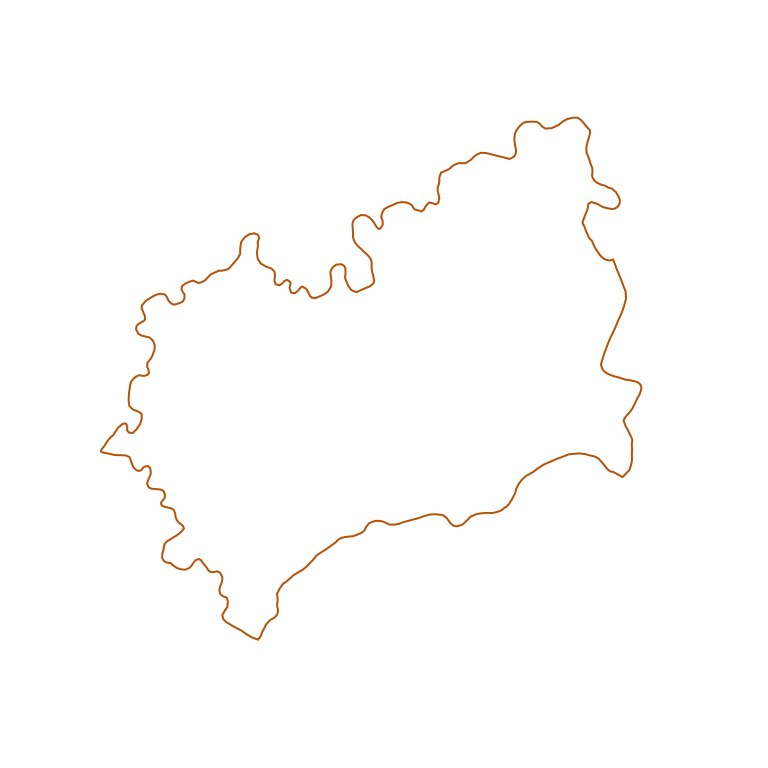 Hlybokaye, Vitebsk, Belarus (Albers equal-area conic projection), rotated 338°
{"feature_id": "67162791B12228546801080", "entity_name": "Hlybokaye", "entity_type": "district", "adm_level": 2, "iso_a3": "BLR", "parent_name": "Belarus", "parent_adm1": "Vitebsk", "projection": "albers", "projection_center": [27.835, 55.173], "detail": "fine", "context": "isolated", "style": "outline", "palette": "amber", "viewbox_px": 768, "rotation_deg": 338, "n_neighbors": 0, "source": "geoboundaries", "source_scale": "gbopen_adm2", "svg_char_len": 6163}
<svg xmlns="http://www.w3.org/2000/svg" viewBox="0 0 768 768"><g transform="rotate(338 384 384)"><path d="M570.4,559.7L579.2,555.7L582.5,552.0L585.2,547.9L587.4,542.3L589.3,538.1L590.9,533.4L593.3,528.7L593.4,526.4L592.9,519.3L592.2,513.1L592.5,507.7L594.6,505.6L596.9,504.3L600.7,502.5L604.9,499.9L608.6,496.8L613.6,492.0L616.8,489.7L619.0,487.1L621.1,484.4L621.6,481.9L621.1,479.4L618.8,476.3L615.1,473.9L613.1,472.3L609.7,470.6L604.4,466.1L600.0,462.9L597.1,460.2L594.8,457.8L592.6,454.1L592.1,450.9L592.5,447.0L600.2,437.6L608.5,428.6L620.0,417.9L624.7,413.0L629.1,409.0L633.0,404.9L635.9,401.5L640.3,395.7L642.7,388.6L642.7,384.4L642.9,377.4L642.8,366.4L643.1,354.4L639.6,354.1L636.8,352.3L634.5,349.9L633.2,347.2L632.3,344.5L630.6,336.6L630.4,328.9L628.9,325.7L628.6,319.1L628.8,312.2L628.3,309.4L629.5,307.4L638.9,297.3L640.9,293.6L644.4,292.9L649.6,297.3L652.8,301.5L655.9,304.0L660.4,306.9L663.3,307.8L665.9,307.5L668.4,306.5L670.5,304.3L671.6,301.5L671.7,298.1L670.9,293.0L668.6,288.4L665.4,285.8L663.1,282.8L659.4,280.0L656.5,276.6L655.2,274.2L654.7,269.9L655.6,267.5L656.7,265.5L658.0,262.0L658.0,257.8L658.6,249.7L658.5,245.3L660.1,240.7L663.9,235.1L666.4,232.2L669.3,228.1L669.9,225.7L668.0,220.9L667.1,217.4L665.5,212.9L662.9,209.4L659.1,207.9L653.4,207.0L648.5,207.5L642.6,209.3L635.4,209.6L629.3,207.6L627.0,204.4L625.7,200.7L623.8,198.2L619.8,196.3L614.2,194.3L610.6,194.1L605.7,196.1L601.2,198.8L599.0,201.2L596.3,206.4L594.6,213.3L594.1,216.6L592.5,219.7L590.2,221.6L587.1,222.4L584.6,222.3L577.8,217.2L571.9,213.1L567.8,209.9L564.3,207.6L560.1,205.9L555.8,206.1L552.0,207.1L548.6,208.7L542.4,209.8L535.5,207.1L530.2,207.2L524.9,209.1L515.9,209.5L512.4,213.7L511.6,216.2L509.6,219.5L507.4,221.8L506.2,224.8L505.4,230.0L504.9,232.5L502.2,236.3L499.2,236.8L496.9,234.8L493.9,232.6L491.4,233.6L488.9,235.1L486.4,237.1L483.4,238.1L479.9,235.1L477.7,233.6L476.6,228.1L473.6,224.6L468.9,222.1L464.4,221.1L453.9,221.4L449.9,221.9L447.1,223.9L445.4,225.7L443.9,228.4L443.9,231.9L442.6,235.7L438.9,238.4L436.9,238.2L435.9,235.4L435.1,230.4L434.1,226.9L432.6,223.7L430.1,220.7L425.8,218.7L419.6,219.5L416.8,221.0L414.6,224.0L412.3,231.0L410.1,237.0L410.1,242.0L411.4,246.2L417.4,259.0L418.6,262.8L418.1,266.8L416.1,271.3L414.9,276.3L414.7,279.0L413.4,285.1L411.7,286.8L407.9,288.1L396.1,288.3L393.1,288.6L390.1,286.1L388.9,284.6L387.6,279.8L387.6,271.1L389.6,267.3L391.6,262.3L391.3,259.5L389.1,256.8L384.3,255.5L382.1,256.0L378.8,257.3L376.1,260.3L373.8,268.8L372.3,272.3L370.8,274.3L366.1,277.6L360.5,278.6L352.0,278.6L349.5,276.8L348.5,275.3L347.8,267.5L347.0,265.8L344.5,263.0L343.5,263.0L339.8,265.0L336.3,266.3L334.5,266.0L332.2,264.5L332.3,261.3L332.5,259.3L335.3,255.3L334.3,252.5L332.8,251.0L330.0,251.3L327.0,252.8L324.0,253.3L321.0,251.0L321.0,247.5L324.0,241.5L324.5,238.5L322.8,234.7L318.3,230.7L314.8,226.0L313.8,220.7L315.3,214.7L319.0,208.5L320.0,205.2L322.8,202.2L323.1,198.5L320.1,195.7L315.6,194.7L310.8,195.5L307.8,196.9L304.8,198.9L302.8,201.9L300.5,206.7L299.5,209.4L296.0,212.4L285.8,217.7L282.8,218.9L280.0,218.9L276.8,218.4L273.3,217.1L264.5,217.4L256.7,220.9L252.7,221.3L249.7,220.8L245.7,216.6L241.7,216.3L237.0,216.5L233.0,217.8L231.5,221.3L232.5,226.5L230.7,230.3L227.9,232.3L223.2,232.3L220.2,232.0L218.2,231.2L216.4,228.7L215.4,226.0L215.2,221.5L214.2,218.7L210.0,216.4L206.0,215.9L202.5,216.2L194.5,217.6L189.0,220.4L187.7,222.6L187.7,231.6L186.4,234.9L184.6,235.6L178.6,236.3L176.1,237.8L174.6,240.3L175.1,245.3L177.3,248.3L184.1,253.1L186.0,257.4L186.0,261.9L184.2,266.1L180.7,270.1L178.0,272.6L172.4,275.9L170.9,279.1L170.9,282.9L170.1,285.9L167.9,286.9L165.1,286.8L162.9,285.8L160.1,284.1L156.6,284.3L153.1,285.5L150.1,287.3L148.1,290.0L144.0,297.3L141.5,302.5L140.5,305.5L139.7,308.8L141.4,313.3L145.9,317.6L148.1,320.6L146.4,325.4L142.8,329.8L137.5,333.3L132.8,335.3L129.3,333.5L128.5,330.8L130.0,327.3L130.1,324.3L128.1,323.2L126.3,323.2L120.8,325.0L113.8,330.0L110.8,330.9L108.5,332.0L105.0,334.1L101.4,336.8L97.7,338.7L96.3,340.6L97.9,342.4L102.8,345.5L107.6,348.9L117.7,353.4L120.7,356.5L120.4,364.4L120.5,367.6L122.1,371.1L124.2,372.9L127.2,372.9L129.5,371.2L130.6,371.0L134.3,371.5L135.7,374.1L135.1,377.2L134.1,379.9L128.3,385.8L127.1,387.7L126.8,390.3L127.6,392.5L129.7,394.3L137.0,397.9L139.4,400.3L139.6,403.7L138.3,407.1L135.9,408.8L133.8,409.8L132.5,411.1L132.5,413.6L134.7,415.7L140.6,420.0L141.9,422.2L141.9,425.9L140.9,429.5L140.9,432.4L141.8,435.7L143.3,438.0L144.5,440.4L144.4,443.0L141.1,444.9L138.2,445.9L134.5,446.8L124.2,448.5L120.7,450.1L114.3,459.4L113.2,462.0L113.6,465.8L115.4,467.9L119.1,470.2L120.5,473.1L122.9,476.7L125.0,478.8L129.5,481.6L131.4,481.7L134.6,481.6L137.5,480.3L141.1,477.9L143.4,476.8L146.4,476.8L148.4,478.9L148.8,481.2L149.6,483.6L150.9,488.3L151.5,491.5L153.3,493.8L156.6,494.8L159.1,495.1L161.3,497.5L161.8,501.9L161.0,504.5L159.8,506.5L155.3,511.4L154.0,513.9L153.5,516.8L154.1,518.9L155.9,521.2L158.1,523.1L157.8,527.0L155.2,532.2L152.3,533.9L147.4,537.8L147.0,542.0L148.6,545.8L152.8,551.4L159.7,559.6L163.1,565.0L166.9,569.8L171.5,573.9L174.2,572.3L176.4,570.4L177.7,568.6L181.8,565.4L184.2,563.0L189.6,560.4L196.0,559.3L198.1,558.0L200.1,555.9L201.2,553.2L201.9,549.2L204.6,544.2L206.3,538.4L210.8,534.5L215.2,531.6L219.9,530.5L229.1,527.2L238.9,525.8L243.3,524.5L251.7,520.8L257.4,517.7L262.5,516.6L268.6,515.5L280.0,512.7L282.5,511.4L286.2,510.7L290.3,511.2L298.7,513.6L306.9,513.6L309.6,513.0L311.8,511.9L313.0,510.5L317.7,507.6L320.6,507.4L324.8,507.7L328.3,509.1L331.2,510.9L335.1,514.9L336.1,516.3L341.5,518.5L345.8,519.3L350.2,519.3L365.7,521.3L371.6,521.5L377.6,522.2L382.1,523.7L388.8,527.1L390.7,529.3L391.9,531.7L393.7,538.5L395.3,541.5L398.0,543.2L403.0,543.8L405.4,543.3L410.5,541.3L415.0,539.3L419.4,539.3L422.1,539.5L425.3,540.2L430.9,542.0L435.6,544.0L438.5,544.7L442.4,545.1L445.4,545.1L448.3,544.2L452.6,543.3L455.6,541.6L459.1,539.1L464.5,534.5L467.6,530.5L471.2,527.3L475.1,524.8L480.5,522.6L489.6,521.4L494.8,519.9L501.4,518.6L516.4,518.1L520.6,518.4L528.9,518.4L539.1,521.5L544.3,524.4L548.9,527.9L551.9,529.9L555.1,533.7L558.4,543.6L559.3,546.8L561.0,549.8L563.6,551.4L570.4,559.7Z" fill="none" stroke="#b45309" stroke-width="2"/></g></svg>